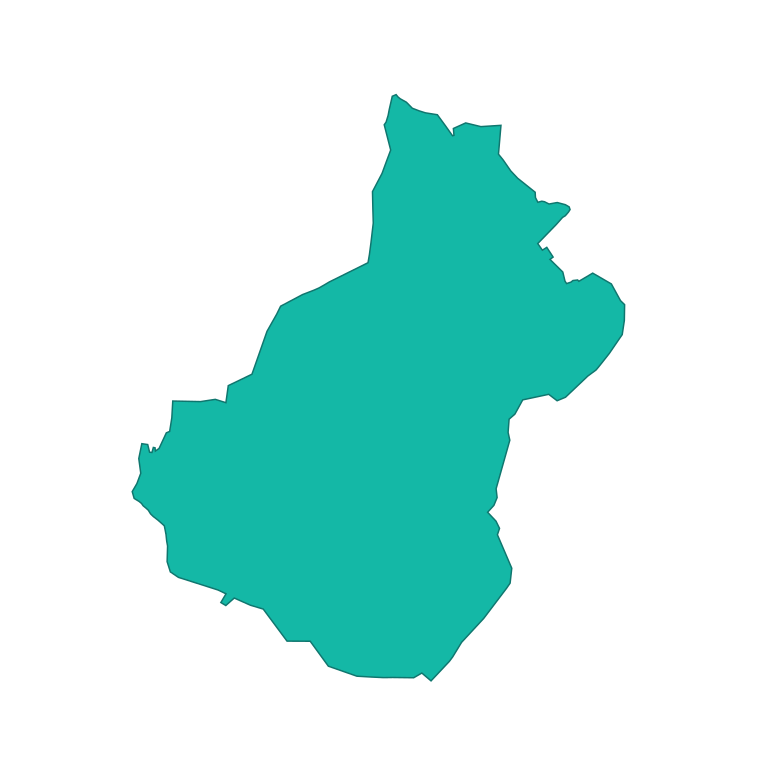 the district of Magumeri, Borno, Nigeria, rotated 291°
{"feature_id": "59680162B56106136996502", "entity_name": "Magumeri", "entity_type": "district", "adm_level": 2, "iso_a3": "NGA", "parent_name": "Nigeria", "parent_adm1": "Borno", "projection": "albers", "projection_center": [12.709, 12.216], "detail": "fine", "context": "isolated", "style": "filled", "palette": "teal", "viewbox_px": 768, "rotation_deg": 291, "n_neighbors": 0, "source": "geoboundaries", "source_scale": "gbopen_adm2", "svg_char_len": 2115}
<svg xmlns="http://www.w3.org/2000/svg" viewBox="0 0 768 768"><g transform="rotate(291 384 384)"><path d="M213.5,188.9L202.5,189.0L193.3,187.5L187.6,191.8L186.6,197.4L185.6,200.4L184.0,202.8L182.9,206.1L181.7,209.2L179.1,212.6L177.6,216.1L175.9,221.8L172.9,229.7L169.3,232.0L166.2,233.9L166.2,234.0L159.5,237.4L155.2,240.0L140.4,245.2L132.0,251.9L129.8,261.4L132.2,302.7L131.5,311.7L121.5,310.0L120.5,315.7L130.5,320.9L129.6,338.6L130.6,351.9L109.2,385.6L117.4,407.3L100.6,433.2L101.5,463.4L105.7,476.6L109.8,489.0L113.1,497.2L120.4,517.0L127.7,522.9L123.7,534.3L148.4,544.4L153.7,545.9L170.6,549.0L200.9,561.1L237.1,571.6L243.3,573.1L257.8,569.3L283.9,543.9L290.6,543.6L296.1,537.7L301.4,526.7L310.1,530.1L318.5,530.3L326.4,526.2L376.6,521.6L383.3,517.2L396.0,513.4L402.8,517.0L418.9,519.2L433.4,541.5L430.4,551.6L436.7,558.2L464.4,571.4L473.2,577.0L479.2,579.0L493.3,583.4L508.9,587.1L515.5,588.7L529.5,585.6L544.3,580.2L546.6,574.9L558.9,560.4L562.3,539.1L549.7,529.1L550.5,527.5L548.3,523.3L546.1,522.0L543.2,518.5L544.9,516.1L552.6,510.8L559.8,494.3L563.1,496.4L569.9,487.0L565.7,483.9L570.2,477.2L594.7,487.7L603.5,491.0L606.1,493.0L610.6,494.6L613.5,495.2L615.7,493.4L616.1,491.0L616.4,489.0L615.5,480.7L611.2,473.6L611.5,470.2L611.7,468.6L611.2,465.8L608.8,462.5L612.3,458.6L617.2,456.4L624.0,435.0L628.4,425.9L635.7,415.2L639.6,408.5L667.4,400.5L659.0,382.2L657.0,366.7L647.4,357.2L641.2,360.2L640.3,359.0L647.1,348.8L654.5,337.3L652.0,325.5L651.6,319.0L651.6,311.6L655.1,303.9L656.1,296.9L657.0,294.2L658.5,291.6L655.6,288.6L642.3,290.5L636.2,291.6L629.2,292.1L626.1,291.3L604.8,306.4L593.1,306.5L579.9,306.7L559.5,304.3L543.6,310.8L530.4,316.3L511.2,321.2L499.6,324.0L491.5,325.6L459.6,296.3L454.9,292.6L450.4,288.9L446.7,285.2L443.8,282.0L438.3,275.9L419.6,259.6L410.7,258.8L404.7,257.9L391.3,255.9L350.2,257.1L345.8,257.2L326.7,239.2L309.9,243.1L309.2,232.0L301.8,219.0L292.4,192.9L276.5,198.0L262.9,200.9L260.4,198.3L243.2,197.1L239.5,194.6L242.4,193.1L242.1,191.4L236.9,191.9L236.3,189.6L242.8,185.1L241.5,179.3L226.5,181.8L213.5,188.9Z" fill="#14b8a6" stroke="#0f766e" stroke-width="1.5"/></g></svg>